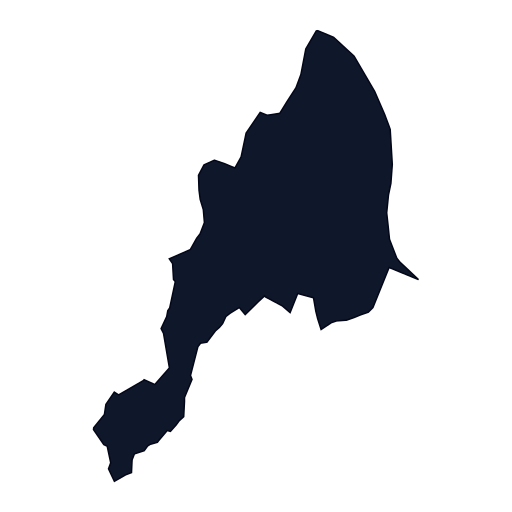 the district of Itu, Akwa Ibom, Nigeria
{"feature_id": "59680162B41031546236215", "entity_name": "Itu", "entity_type": "district", "adm_level": 2, "iso_a3": "NGA", "parent_name": "Nigeria", "parent_adm1": "Akwa Ibom", "projection": "equal_earth", "projection_center": [7.964, 5.137], "detail": "fine", "context": "isolated", "style": "filled", "palette": "ink", "viewbox_px": 512, "rotation_deg": 0, "n_neighbors": 0, "source": "geoboundaries", "source_scale": "gbopen_adm2", "svg_char_len": 1574}
<svg xmlns="http://www.w3.org/2000/svg" viewBox="0 0 512 512"><path d="M192.0,379.4L190.5,375.5L197.9,346.7L200.6,343.2L206.9,342.2L215.5,330.8L219.4,327.4L222.6,323.6L225.9,316.5L230.3,313.1L239.3,307.5L245.2,314.6L254.6,305.4L258.2,301.8L264.6,295.9L265.4,296.9L282.3,305.9L290.1,312.6L297.7,293.5L313.5,297.8L315.8,311.2L317.6,318.5L321.1,329.5L331.3,322.7L336.6,320.9L346.5,320.2L354.2,317.5L360.5,314.9L368.3,312.2L372.9,307.6L389.1,267.5L418.5,279.6L411.5,273.0L405.5,267.3L399.9,262.1L396.8,258.2L389.5,239.3L388.1,225.6L386.7,212.8L388.5,194.9L390.9,183.4L392.3,164.5L390.2,129.4L388.8,125.5L384.6,114.3L374.7,91.5L354.1,56.2L333.6,37.3L317.8,30.7L316.3,30.9L305.8,48.9L300.9,74.5L296.0,87.7L287.0,101.6L279.8,113.3L272.9,114.4L269.6,114.9L267.1,115.2L260.2,112.4L246.1,133.1L245.1,138.0L241.1,156.9L235.0,167.9L231.8,166.7L224.9,163.8L214.4,160.2L204.0,164.9L198.5,175.3L199.0,190.1L200.2,199.4L203.3,209.6L204.4,222.6L200.1,233.8L196.7,238.2L190.3,249.6L169.3,258.8L172.6,263.6L173.5,279.5L175.3,281.6L169.7,307.9L167.8,310.6L166.7,316.6L161.1,328.6L163.5,333.3L169.4,367.9L155.0,384.3L154.7,384.5L144.1,379.7L143.5,380.5L118.6,394.9L114.3,392.1L105.9,404.4L104.4,414.5L93.7,427.7L93.5,429.6L103.8,444.6L107.2,446.2L110.7,462.8L108.5,468.8L114.4,481.3L125.7,474.8L131.5,472.6L132.0,461.6L132.1,460.4L132.0,460.1L134.4,453.9L135.6,453.5L144.2,450.7L147.6,446.0L150.1,444.4L157.4,442.3L158.6,440.7L166.8,431.0L167.2,430.5L170.4,431.4L176.1,425.0L179.1,420.9L183.7,416.7L184.5,401.5L184.5,397.5L192.0,379.4Z" fill="#0f172a" stroke="#020617" stroke-width="1.5"/></svg>